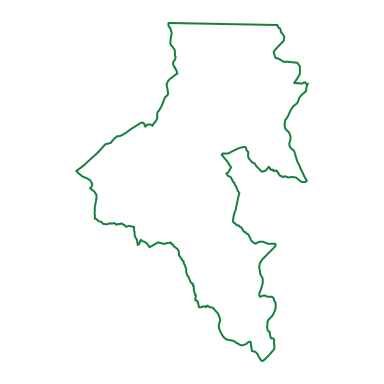 Nyunzu, Katanga, Democratic Republic of the Congo
{"feature_id": "63176286B34424841963647", "entity_name": "Nyunzu", "entity_type": "district", "adm_level": 2, "iso_a3": "COD", "parent_name": "Democratic Republic of the Congo", "parent_adm1": "Katanga", "projection": "equal_earth", "projection_center": [28.006, -5.86], "detail": "fine", "context": "isolated", "style": "outline", "palette": "green", "viewbox_px": 384, "rotation_deg": 0, "n_neighbors": 0, "source": "geoboundaries", "source_scale": "gbopen_adm2", "svg_char_len": 5859}
<svg xmlns="http://www.w3.org/2000/svg" viewBox="0 0 384 384"><path d="M220.1,321.1L219.6,322.3L219.1,323.7L218.8,325.5L219.0,327.8L219.5,329.7L220.1,330.9L222.4,335.5L224.9,338.5L226.2,339.0L226.8,339.6L232.6,340.7L233.9,341.1L235.6,342.2L236.5,343.1L237.7,343.4L240.2,345.0L241.3,345.3L243.3,345.1L245.1,344.4L246.3,343.9L248.3,342.2L249.1,341.8L250.5,341.8L250.8,343.2L251.6,349.0L252.0,350.3L252.0,351.0L255.1,351.8L256.8,353.1L259.8,358.4L261.2,360.5L262.8,361.0L264.7,359.4L267.8,356.4L271.3,352.5L272.9,350.7L274.3,348.8L274.3,346.0L274.1,342.5L274.1,340.1L273.7,338.8L272.9,338.3L271.1,338.4L270.2,336.0L269.8,333.5L269.8,331.9L268.0,330.9L267.4,329.1L267.2,326.8L267.5,321.7L268.4,319.9L270.5,317.7L272.9,315.0L275.3,309.5L275.8,306.2L275.5,302.3L274.5,301.4L273.9,299.8L274.0,298.9L272.5,297.1L271.0,296.7L268.6,296.9L267.7,296.5L266.0,296.3L264.6,295.4L262.8,295.7L260.1,296.8L259.3,295.1L259.3,293.2L260.3,290.9L261.5,287.5L262.7,283.3L262.7,279.3L262.3,277.6L260.4,274.4L259.1,266.2L259.6,265.0L260.2,262.7L262.2,259.5L272.4,249.2L274.9,246.7L275.7,244.9L275.1,243.8L272.2,243.7L269.5,243.9L268.0,243.7L265.5,242.8L263.3,241.8L260.7,241.7L258.8,241.9L255.4,243.7L252.2,241.7L250.6,239.7L250.6,238.9L250.5,238.2L249.6,237.2L248.9,235.3L248.3,234.4L247.1,234.1L245.6,232.1L244.6,232.1L243.7,231.4L243.0,230.0L241.1,227.2L240.1,227.1L239.1,225.8L238.4,225.3L237.3,225.5L236.3,225.0L235.8,224.1L235.6,223.8L233.4,222.4L233.0,220.6L233.5,216.5L234.8,211.7L235.5,210.5L237.7,199.7L239.3,192.9L237.6,190.6L237.5,190.2L237.1,188.6L236.5,187.9L236.1,186.3L235.1,185.0L234.4,183.2L233.7,182.4L232.8,181.4L232.6,180.8L232.3,180.0L230.4,176.9L227.7,175.7L226.8,174.0L226.5,173.5L228.0,172.6L231.1,167.3L229.7,165.5L227.5,161.8L221.7,154.7L222.7,153.5L228.1,153.5L232.1,151.4L238.1,148.5L240.4,147.6L245.0,146.9L245.8,147.4L246.5,150.1L248.0,151.9L248.2,152.0L248.1,155.8L248.4,157.5L249.0,158.7L252.3,162.5L254.4,163.2L255.1,164.0L256.1,166.0L258.5,168.3L261.4,171.4L262.7,171.6L264.7,171.0L265.5,170.7L267.9,167.9L268.7,166.9L269.6,167.8L269.9,168.6L270.2,168.5L270.6,169.5L270.9,169.8L272.9,169.7L273.0,169.9L273.5,171.0L274.8,170.5L275.1,170.8L275.9,170.5L276.4,171.1L277.0,171.0L277.7,172.5L278.3,172.7L279.1,174.7L280.3,175.9L281.4,176.0L282.3,176.9L283.7,176.9L284.8,176.2L288.5,177.5L290.3,177.2L292.5,177.0L295.8,177.5L298.9,179.9L300.6,181.5L302.6,182.0L304.4,182.0L305.9,181.7L306.8,180.8L306.6,180.3L306.1,179.5L304.6,177.0L303.0,173.4L300.4,168.3L299.9,166.6L298.7,164.4L297.7,162.2L296.7,159.6L295.6,155.8L294.1,151.1L293.4,150.1L292.4,149.7L290.9,148.1L289.5,146.0L289.3,143.2L290.1,141.0L290.6,137.5L290.0,134.8L289.4,133.1L287.8,131.2L285.4,128.9L284.5,125.2L285.2,120.0L286.4,118.8L288.2,115.7L289.8,112.0L292.0,108.0L293.2,106.4L297.1,103.2L298.4,100.7L299.0,98.2L300.6,96.1L302.1,94.4L304.4,92.6L304.7,92.2L305.3,91.6L306.0,91.2L306.5,87.4L307.1,85.4L307.6,84.0L306.3,84.2L305.4,82.5L304.4,82.4L302.3,83.5L300.4,83.6L299.1,83.1L297.8,83.5L296.1,82.9L294.5,83.1L293.8,83.5L295.4,81.2L297.7,77.8L299.3,75.1L299.9,73.8L299.9,68.6L299.8,66.2L297.3,62.8L287.2,61.7L283.6,61.8L280.1,59.6L277.6,58.2L276.2,58.4L274.9,56.6L273.7,51.7L275.1,49.8L277.5,47.2L282.2,42.3L283.7,40.9L284.3,36.7L282.5,33.9L281.4,32.8L280.9,31.9L280.4,29.0L279.8,28.3L279.0,28.2L278.3,26.8L277.8,26.5L277.7,25.3L277.1,25.0L168.7,23.0L168.4,23.6L168.4,24.5L168.4,25.5L169.1,26.7L170.2,28.0L171.7,32.8L171.6,34.2L171.3,35.5L170.7,38.3L170.3,43.2L170.7,44.6L171.5,45.8L171.9,46.0L174.1,48.9L174.8,50.2L174.8,51.4L175.0,55.1L175.5,56.8L175.5,58.1L174.9,59.7L173.9,61.1L173.0,62.8L173.1,64.5L174.6,67.6L175.0,67.6L176.9,71.8L177.0,73.0L177.3,73.6L174.9,75.2L172.7,76.9L169.8,79.1L167.8,81.4L166.6,84.4L167.5,89.2L168.1,94.1L167.1,95.6L165.4,96.8L164.3,99.0L162.1,105.0L160.1,108.7L159.1,110.5L157.8,111.6L157.2,113.8L157.2,118.7L155.4,121.8L153.8,123.3L152.4,125.7L150.7,124.6L148.5,124.4L146.7,124.9L145.7,126.5L144.9,126.3L144.1,123.6L143.0,122.7L141.1,122.7L137.3,125.1L130.7,129.2L126.0,132.8L123.4,134.4L120.0,136.1L117.5,136.2L114.5,138.3L110.7,142.9L108.4,143.5L105.2,144.4L103.2,146.7L97.9,152.5L89.5,160.1L84.0,165.2L76.4,171.0L78.5,173.3L82.8,176.7L86.9,178.2L90.1,180.3L91.8,183.0L92.3,184.9L91.4,186.8L90.2,188.4L94.3,191.6L96.5,194.9L96.4,198.8L94.8,207.1L94.6,214.5L95.0,215.6L94.8,217.2L94.6,218.2L95.5,218.9L95.7,219.0L96.5,219.1L98.5,221.2L100.6,221.6L102.0,222.5L103.0,223.8L106.5,224.3L110.7,223.2L111.3,223.7L113.1,223.4L113.4,223.4L113.6,223.3L114.2,223.0L115.4,223.8L115.6,224.0L116.3,224.8L118.0,224.0L118.5,223.9L119.1,224.3L121.5,223.4L122.6,224.4L124.0,224.6L124.8,225.3L125.8,226.6L127.2,226.6L128.3,225.9L128.9,225.9L130.0,226.2L131.5,226.3L131.9,226.4L133.1,226.9L134.0,226.9L134.2,227.7L133.9,229.4L134.5,231.9L134.6,235.0L135.4,237.5L137.0,239.8L137.7,244.7L139.1,244.3L140.2,240.8L141.1,239.9L142.4,241.3L144.3,241.7L147.0,243.5L148.7,246.0L149.6,247.2L156.7,243.1L158.1,242.4L160.8,243.1L164.2,243.9L167.3,243.1L170.1,242.6L171.0,242.7L171.3,243.9L172.8,244.4L173.4,245.9L174.8,247.0L177.2,248.8L178.3,250.3L178.6,251.5L179.0,252.6L178.9,254.5L179.4,256.0L180.4,257.0L180.7,258.0L181.7,259.0L182.1,260.2L182.7,260.7L183.5,261.0L183.8,263.3L185.0,265.4L185.8,268.3L186.2,269.0L186.1,271.6L187.1,274.9L187.6,276.1L188.2,276.4L189.2,278.7L190.7,282.2L191.7,283.4L192.6,283.4L192.8,283.7L192.9,284.0L193.0,285.7L193.7,286.0L193.7,286.9L193.8,289.3L194.0,290.9L194.6,292.4L194.9,294.6L195.3,295.1L195.8,295.1L195.9,295.6L195.9,296.9L195.4,297.6L195.3,299.5L195.5,300.2L196.0,300.3L196.8,300.6L197.9,302.2L197.9,303.3L198.2,303.4L198.9,307.0L199.1,307.2L199.2,307.3L200.2,307.4L202.6,306.6L203.7,306.6L204.3,306.3L204.8,306.3L205.6,306.9L206.3,307.0L207.0,305.8L207.7,305.7L209.3,307.0L210.1,307.3L212.5,307.6L213.4,308.2L215.7,311.2L217.5,312.8L218.4,314.5L219.6,317.6L220.2,320.0L220.1,321.1Z" fill="none" stroke="#15803d" stroke-width="2"/></svg>